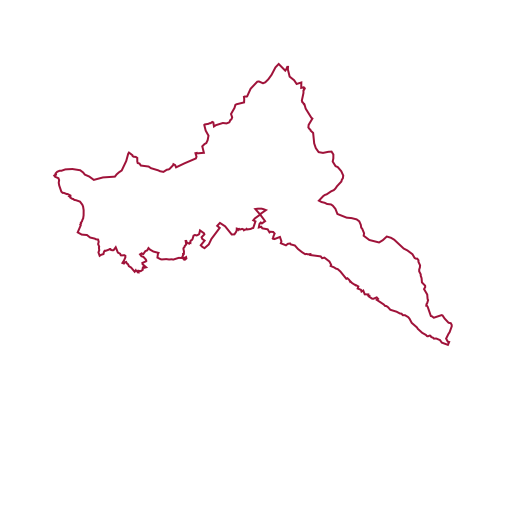 Sieu, Bistrita-Nasaud, Romania (orthographic projection), rotated 56°
{"feature_id": "2599482B45546985901093", "entity_name": "Sieu", "entity_type": "district", "adm_level": 2, "iso_a3": "ROU", "parent_name": "Romania", "parent_adm1": "Bistrita-Nasaud", "projection": "orthographic", "projection_center": [24.629, 47.002], "detail": "fine", "context": "isolated", "style": "outline", "palette": "rose", "viewbox_px": 512, "rotation_deg": 56, "n_neighbors": 0, "source": "geoboundaries", "source_scale": "gbopen_adm2", "svg_char_len": 6139}
<svg xmlns="http://www.w3.org/2000/svg" viewBox="0 0 512 512"><g transform="rotate(56 256 256)"><path d="M437.0,146.6L435.3,144.0L434.3,144.9L430.8,144.6L428.1,139.8L427.5,138.2L423.8,133.1L422.6,132.3L420.6,132.1L419.0,133.7L413.3,134.6L409.6,134.6L408.8,135.2L406.6,143.1L404.3,143.9L403.5,144.6L394.2,142.1L392.8,142.1L392.4,142.6L391.2,141.5L391.0,140.7L388.8,138.0L387.6,137.8L383.7,135.6L377.4,135.2L376.4,133.1L375.2,132.4L370.7,133.2L366.9,131.1L364.5,130.5L363.3,129.7L360.0,129.3L358.4,128.2L357.2,126.6L355.5,125.2L351.7,124.6L350.4,123.7L348.4,123.8L347.6,124.9L346.4,125.6L342.0,125.3L336.0,127.4L332.4,129.4L319.8,132.3L316.4,133.9L313.0,136.7L313.8,142.0L313.6,146.4L306.1,153.1L299.4,155.4L297.6,153.7L292.8,152.7L291.3,152.9L288.8,151.7L285.0,151.0L281.9,152.1L278.0,155.6L274.9,159.4L266.7,165.0L261.3,163.8L257.2,164.2L255.2,165.0L252.6,168.0L250.3,169.3L247.9,171.5L245.3,172.9L243.9,166.6L243.9,164.7L244.4,162.9L244.4,157.4L244.9,154.7L244.5,152.5L243.4,149.7L242.0,143.6L240.8,142.2L240.1,140.5L238.1,138.7L233.4,137.9L228.0,138.5L226.0,139.8L220.6,139.6L218.3,137.3L215.1,135.1L211.7,135.0L210.1,137.7L208.0,142.8L204.9,146.0L200.0,146.1L195.2,144.8L185.9,139.8L182.6,140.6L181.8,140.3L180.2,140.7L178.7,140.7L176.7,139.0L173.6,132.4L172.2,132.8L161.6,132.4L157.6,131.1L157.0,131.0L156.9,131.4L154.8,131.3L154.4,131.6L152.8,131.1L147.4,125.5L145.3,124.1L145.1,123.3L144.5,123.0L144.6,122.2L144.3,121.8L142.8,122.1L141.9,124.5L137.5,121.4L136.1,126.1L131.6,126.1L126.1,127.8L119.0,125.2L117.1,123.7L116.7,124.3L118.2,126.7L118.7,128.1L109.5,129.8L110.5,134.4L114.5,141.8L116.4,147.0L117.2,151.2L116.7,153.6L112.9,156.0L112.2,157.5L114.3,166.9L118.7,174.1L118.5,174.8L117.5,176.1L117.3,177.0L119.3,178.0L122.0,180.0L119.3,187.3L119.2,188.6L121.2,191.0L124.3,197.3L127.7,198.2L128.6,199.4L129.0,200.3L129.0,201.5L130.0,202.8L130.2,203.7L129.6,206.3L127.2,209.1L125.1,216.1L125.1,218.4L121.4,216.7L120.4,217.3L120.5,219.4L120.0,220.2L119.8,221.6L118.3,224.9L118.4,225.6L123.9,227.6L129.7,228.1L132.9,231.3L134.6,234.1L134.4,236.0L135.0,239.2L141.3,241.5L137.7,248.0L137.3,247.7L136.9,248.7L140.4,249.8L141.5,251.3L139.2,263.4L137.8,272.7L135.5,272.2L133.7,273.1L134.4,274.0L135.5,279.2L135.3,280.2L134.6,281.7L134.5,285.7L132.0,288.2L130.4,289.1L124.4,294.0L121.8,295.0L116.6,300.9L114.2,300.9L112.8,302.1L111.3,301.6L108.3,299.6L106.6,300.3L105.2,302.0L104.2,302.4L103.3,302.1L99.2,303.5L99.8,304.8L104.7,310.5L110.0,319.5L110.0,322.8L110.4,325.9L111.3,328.6L105.3,338.9L102.2,347.9L96.9,349.8L92.8,352.4L90.1,352.6L86.6,353.8L81.2,359.6L77.6,365.6L76.5,369.7L75.5,371.1L75.0,373.7L75.5,376.0L76.6,376.2L76.8,376.6L76.4,377.1L76.5,378.3L78.1,378.2L81.0,376.3L83.0,376.8L85.0,378.6L87.5,379.7L93.8,381.4L95.5,381.0L96.1,380.1L98.9,378.2L99.2,377.6L102.1,376.0L102.5,376.2L102.4,377.3L102.9,377.0L103.7,377.3L106.0,376.3L106.6,375.6L107.9,375.3L109.0,374.1L112.5,371.5L116.4,371.3L118.3,371.7L121.7,373.3L125.9,376.2L128.3,378.4L128.8,379.5L129.9,380.8L130.6,382.8L131.3,382.9L131.7,384.1L132.5,384.1L136.7,390.6L140.8,388.5L144.1,384.4L147.9,383.2L151.5,379.9L152.6,379.4L154.1,377.7L156.3,378.5L157.8,380.2L160.6,380.8L161.3,381.6L163.5,382.7L164.9,384.6L168.4,385.5L168.4,383.7L169.1,381.4L167.6,379.8L167.1,378.7L167.1,378.2L167.6,377.9L168.5,374.2L168.4,373.5L168.8,372.8L170.0,372.8L171.3,371.4L171.5,370.7L170.3,367.4L175.9,368.6L178.1,367.4L179.8,367.7L180.5,366.9L181.7,364.7L182.8,364.2L184.1,365.1L185.9,367.9L187.1,370.6L188.4,369.7L188.0,368.4L188.3,367.0L190.0,367.2L191.3,366.7L193.3,367.1L195.7,366.0L201.2,365.4L200.6,363.7L201.2,363.8L202.0,363.0L203.4,363.2L204.0,362.5L202.6,361.6L204.1,360.1L204.1,357.6L202.7,356.8L202.2,355.8L203.3,355.2L203.9,353.4L199.4,354.6L198.2,354.1L198.9,350.1L198.8,349.7L197.4,349.3L193.9,349.8L192.1,351.1L189.8,351.2L189.9,349.3L190.4,349.3L191.4,348.4L190.1,345.0L190.5,343.0L189.3,340.7L191.4,340.3L194.9,338.6L198.9,335.1L199.6,336.3L202.2,338.6L205.3,336.9L206.2,336.0L208.4,332.1L210.3,330.0L211.6,327.7L212.7,326.6L214.3,321.2L216.1,318.6L217.8,317.5L218.9,317.6L219.3,317.0L219.1,315.1L217.8,314.6L217.8,315.5L217.2,317.0L216.4,317.5L215.4,317.4L214.6,316.0L213.5,315.3L213.9,314.6L211.8,313.1L209.5,312.2L208.9,311.6L208.4,309.9L207.8,309.4L207.4,307.4L204.2,305.9L204.5,305.4L206.0,305.9L208.4,304.5L208.0,303.5L208.5,303.1L206.9,301.9L206.7,301.4L206.9,300.4L206.5,299.2L204.2,296.4L204.4,294.9L205.8,293.7L206.1,291.6L206.0,290.8L203.5,288.1L208.1,286.4L209.2,286.7L210.0,290.6L211.7,291.0L214.5,290.0L216.2,295.8L218.4,295.4L220.7,294.3L220.0,288.7L216.9,283.4L212.4,270.4L209.3,271.3L208.4,267.4L214.1,265.0L224.6,264.1L226.0,261.8L224.9,259.1L224.0,257.7L222.5,256.6L223.7,255.6L224.4,255.8L224.2,254.8L225.1,254.5L225.8,252.3L227.1,251.5L227.9,251.6L227.9,250.6L228.4,249.7L228.2,248.6L229.1,248.4L230.6,245.3L230.8,243.7L231.2,242.6L227.0,237.1L224.9,238.3L224.2,235.9L224.0,229.4L216.7,230.3L217.9,227.8L219.9,224.9L221.5,223.5L223.5,222.1L223.6,228.8L225.0,229.3L232.2,229.0L232.3,232.9L230.9,233.3L231.0,233.9L231.4,235.2L233.9,237.7L234.7,235.3L236.6,235.3L240.4,231.4L244.0,231.6L244.0,230.4L245.7,228.3L247.8,228.0L249.7,230.9L250.5,231.4L250.8,232.3L251.2,232.3L252.3,231.2L253.6,225.5L258.0,226.7L259.3,228.3L263.9,225.2L263.7,222.8L264.7,220.7L265.8,220.7L269.0,217.9L273.6,217.3L278.6,215.7L282.0,214.2L282.5,213.0L283.8,211.9L284.8,209.9L285.5,210.5L292.5,202.6L294.8,202.4L295.6,200.2L301.6,198.2L305.2,198.6L306.0,199.7L309.0,197.7L311.3,196.7L312.5,195.6L316.0,194.7L325.4,193.9L325.5,192.7L327.9,192.1L329.9,192.3L329.8,191.9L332.1,191.5L336.0,189.8L335.9,189.5L338.5,188.2L339.8,189.9L342.7,187.9L344.5,188.4L344.6,186.4L348.6,187.3L350.6,184.4L351.5,185.1L352.3,184.3L352.8,185.0L356.3,183.6L357.1,182.6L357.8,179.1L359.8,178.8L359.9,180.4L367.6,177.2L369.6,176.9L370.4,175.9L372.2,175.2L375.7,174.7L380.8,170.6L384.2,168.8L385.2,167.6L387.2,167.4L388.4,165.6L391.8,164.0L393.9,163.8L398.5,164.3L405.3,162.5L406.8,162.6L412.6,161.2L416.4,159.3L418.1,159.0L418.7,158.4L419.1,156.5L419.6,156.0L421.2,156.0L422.8,154.9L424.0,154.7L425.2,152.7L428.6,150.5L431.7,150.4L437.0,146.6Z" fill="none" stroke="#9f1239" stroke-width="2"/></g></svg>